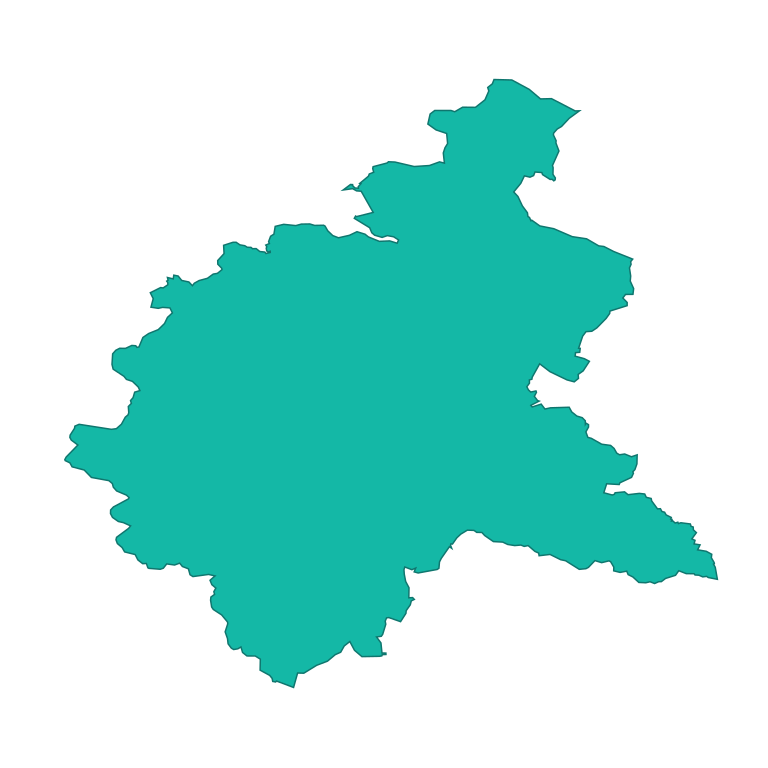 outline of Dragu, Salaj, Romania, rotated 177°
{"feature_id": "2599482B94978235506168", "entity_name": "Dragu", "entity_type": "district", "adm_level": 2, "iso_a3": "ROU", "parent_name": "Romania", "parent_adm1": "Salaj", "projection": "robinson", "projection_center": [23.405, 47.023], "detail": "fine", "context": "isolated", "style": "filled", "palette": "teal", "viewbox_px": 768, "rotation_deg": 177, "n_neighbors": 0, "source": "geoboundaries", "source_scale": "gbopen_adm2", "svg_char_len": 6134}
<svg xmlns="http://www.w3.org/2000/svg" viewBox="0 0 768 768"><g transform="rotate(177 384 384)"><path d="M264.9,674.7L264.0,671.1L268.3,662.5L278.2,655.5L291.0,656.3L299.1,652.2L302.7,653.6L319.0,654.5L323.8,651.2L326.6,641.3L318.7,635.0L308.3,630.9L307.9,620.8L310.7,616.8L312.7,611.6L312.1,601.4L316.9,602.9L327.2,599.8L342.5,599.6L361.5,605.1L367.9,605.7L369.5,604.5L383.5,601.6L384.0,599.7L383.2,596.0L387.7,594.5L388.7,592.3L397.7,585.6L396.6,585.2L399.4,582.4L399.3,580.8L402.8,581.3L405.5,584.4L404.3,584.7L407.0,585.0L414.6,579.9L405.1,580.7L401.3,578.3L396.7,577.7L385.8,555.9L402.7,552.6L403.6,553.2L405.0,551.0L390.1,540.8L388.3,535.7L385.6,533.1L378.2,530.5L372.9,532.0L366.7,530.5L361.9,527.1L363.5,523.9L370.8,526.6L381.2,526.7L391.9,531.7L395.1,534.6L403.0,537.5L410.8,534.3L421.8,532.4L427.4,534.9L432.2,540.0L434.6,544.8L436.0,545.7L445.0,546.0L449.7,547.7L458.2,548.0L463.8,546.8L475.8,548.7L484.4,547.1L486.1,539.4L489.5,537.5L491.8,532.2L491.1,530.3L494.8,528.9L493.9,527.3L494.5,525.6L494.1,523.0L492.7,521.9L490.7,522.5L490.7,521.3L495.1,520.5L496.1,522.0L501.1,522.8L504.6,525.9L508.2,526.0L509.7,527.4L513.4,527.7L515.8,529.4L520.6,530.5L524.3,533.3L527.5,533.4L536.9,530.9L536.9,522.6L543.6,516.0L543.7,512.3L540.0,508.1L539.8,506.7L544.6,503.2L548.8,502.7L554.8,498.8L563.2,497.0L568.1,494.6L570.2,492.2L573.5,496.1L580.6,498.0L583.9,502.6L588.2,503.7L589.0,500.0L594.7,501.7L594.2,498.9L595.6,498.1L594.6,496.5L594.7,494.4L599.5,491.5L602.0,492.0L612.6,487.4L610.0,481.3L612.7,472.9L605.5,471.4L601.1,472.1L593.8,471.2L591.6,466.1L596.7,461.9L600.0,455.9L606.6,450.1L616.4,446.7L622.3,443.1L626.8,433.8L628.8,433.5L629.9,435.2L633.8,435.7L640.3,433.1L646.1,433.5L650.1,431.7L653.4,428.3L654.6,417.8L653.7,413.0L643.3,405.3L641.0,402.1L635.1,399.8L629.6,393.9L628.1,390.2L633.4,388.9L635.3,383.5L638.0,380.7L637.3,377.9L640.5,374.9L640.4,368.7L641.2,366.6L644.1,364.4L648.3,357.6L653.6,353.4L658.6,353.0L690.6,359.7L694.9,358.1L695.4,355.9L700.1,349.4L700.5,347.1L699.2,344.3L692.9,339.1L705.2,327.7L706.7,325.2L706.4,324.2L701.8,321.7L699.8,317.6L687.9,313.8L681.1,306.0L663.8,301.9L660.5,298.8L659.7,295.1L656.6,291.2L647.0,286.5L644.5,283.9L645.3,282.6L660.6,275.4L663.6,272.5L663.9,268.9L662.1,265.0L656.5,260.6L651.5,259.2L644.5,255.6L646.6,253.2L659.1,244.9L659.8,242.4L658.6,238.6L654.1,234.4L651.8,229.9L641.4,226.7L639.0,221.2L634.4,217.2L630.7,217.2L629.4,212.8L628.4,212.2L617.1,210.7L614.0,211.6L610.4,215.7L602.6,214.2L597.4,215.8L594.9,212.3L589.0,209.7L587.7,203.7L584.9,201.7L569.1,203.0L562.8,201.2L568.0,197.1L566.4,192.6L562.6,189.0L564.8,185.5L564.2,182.8L568.0,180.3L568.5,177.2L567.8,170.4L566.3,167.8L558.2,161.9L552.7,154.5L552.6,152.7L555.6,144.8L553.6,137.9L553.3,132.7L550.3,128.2L548.0,126.7L543.8,127.2L540.6,128.9L539.3,123.3L535.1,119.6L526.8,119.1L521.9,115.7L522.7,104.7L513.4,99.0L511.1,95.8L510.7,92.8L507.8,92.1L506.9,93.0L490.2,85.7L485.4,99.9L479.2,99.4L466.0,106.6L454.9,110.2L446.8,116.3L441.3,118.4L437.4,124.5L431.6,128.6L427.4,119.6L420.3,112.9L402.8,112.3L400.4,112.6L399.9,113.8L396.2,113.8L396.2,115.2L400.1,115.5L400.6,125.6L404.7,131.8L399.9,132.2L398.4,134.1L394.8,144.0L395.2,147.1L393.7,150.3L391.4,150.5L379.9,145.8L374.1,153.8L373.7,156.5L369.3,162.1L368.1,166.0L365.0,167.3L366.6,169.2L370.4,169.2L369.7,179.2L372.7,185.7L373.7,192.9L373.8,197.5L372.8,200.2L365.9,197.1L362.0,198.5L363.7,194.8L359.8,193.5L340.6,196.0L338.8,197.1L337.9,203.4L335.9,206.9L327.2,218.1L325.0,216.4L326.0,219.5L325.5,220.9L324.0,220.6L319.3,226.6L315.1,230.1L308.4,233.7L301.8,233.1L299.2,231.0L294.0,230.6L291.4,227.4L283.0,220.9L273.7,219.9L268.9,217.3L261.9,215.8L255.7,216.0L252.5,214.5L248.5,215.1L242.0,208.9L238.4,207.1L238.1,204.4L227.1,205.1L216.8,199.3L211.9,198.0L198.7,188.7L192.0,189.0L189.4,190.2L182.6,196.6L176.0,194.2L168.6,195.6L167.0,194.7L164.1,189.1L164.4,185.4L158.1,183.5L151.4,184.4L150.2,180.9L145.6,178.3L139.9,172.5L132.9,171.8L128.7,172.6L124.2,170.6L120.0,172.2L117.4,172.1L113.0,175.1L102.9,177.7L99.4,182.1L92.1,178.8L84.3,178.3L83.4,177.0L79.6,176.6L75.8,174.7L71.8,175.0L70.4,173.8L61.3,171.5L62.8,183.7L64.4,186.9L63.5,187.3L63.7,188.5L66.2,193.4L65.6,196.8L71.0,200.1L79.5,202.0L76.8,206.8L82.7,208.1L81.6,211.6L84.7,213.2L79.8,219.2L82.7,222.2L82.7,225.0L84.8,225.8L85.4,228.2L94.8,229.9L97.3,229.2L97.8,230.6L100.5,229.9L102.9,232.3L104.1,232.1L103.5,233.7L104.8,234.1L104.1,235.7L109.1,238.5L110.5,241.3L113.1,242.1L114.5,245.0L117.4,245.0L122.8,253.2L123.2,255.7L128.0,257.1L129.4,260.5L134.7,261.4L146.1,260.7L149.4,263.7L158.9,263.3L159.7,261.8L161.9,261.2L170.2,263.9L166.9,272.7L154.4,271.3L153.6,273.0L141.7,277.8L139.6,281.7L140.1,283.3L137.9,285.4L135.6,291.0L134.9,300.0L140.7,298.4L147.3,301.5L152.5,301.0L155.2,302.8L157.6,307.6L160.9,310.8L169.8,312.5L179.8,318.9L183.2,320.0L184.9,325.6L182.0,330.3L181.9,332.7L184.4,334.4L185.0,333.4L184.9,336.7L187.8,340.0L193.1,341.9L198.0,346.3L200.3,351.1L219.0,351.5L224.6,350.6L228.1,355.7L237.2,353.3L238.5,355.0L230.0,358.8L231.5,359.4L234.5,363.8L232.2,367.7L232.6,369.1L237.9,368.3L240.1,370.6L241.5,373.8L238.7,377.2L238.6,380.5L236.1,381.0L235.6,383.1L227.5,396.0L217.6,387.6L201.0,378.5L193.9,376.2L189.5,379.4L189.6,383.4L184.4,386.7L177.7,395.9L182.6,398.8L191.7,401.8L191.1,405.3L186.9,405.4L186.2,409.3L187.8,409.5L183.1,421.4L179.5,425.7L173.7,425.8L168.5,428.9L158.7,437.9L154.9,442.7L154.6,445.0L137.1,449.5L136.9,452.7L141.0,457.4L138.1,460.8L130.7,460.5L129.7,466.2L132.7,473.9L132.0,478.9L132.8,487.1L131.0,490.6L131.3,493.2L129.1,495.7L147.7,504.3L157.2,509.8L162.3,510.7L174.1,518.4L188.3,521.3L206.3,530.2L220.1,533.7L227.8,539.8L228.7,539.3L230.0,542.7L231.5,543.7L231.8,547.5L236.5,554.6L240.4,564.2L244.4,569.0L236.9,577.2L232.9,584.5L227.4,582.9L223.7,584.3L222.1,587.8L215.3,586.9L214.7,584.8L207.4,579.6L205.4,579.6L203.8,578.0L202.4,578.9L202.1,580.8L204.3,584.5L203.8,591.2L204.3,593.4L197.1,607.5L199.7,615.7L199.4,618.0L201.8,623.9L201.4,625.8L197.6,629.6L193.2,631.9L185.2,639.6L174.5,646.6L178.8,646.7L201.8,660.2L212.8,660.5L223.5,670.6L240.4,680.9L258.2,682.3L260.1,678.1L264.9,674.7Z" fill="#14b8a6" stroke="#0f766e" stroke-width="1.5"/></g></svg>